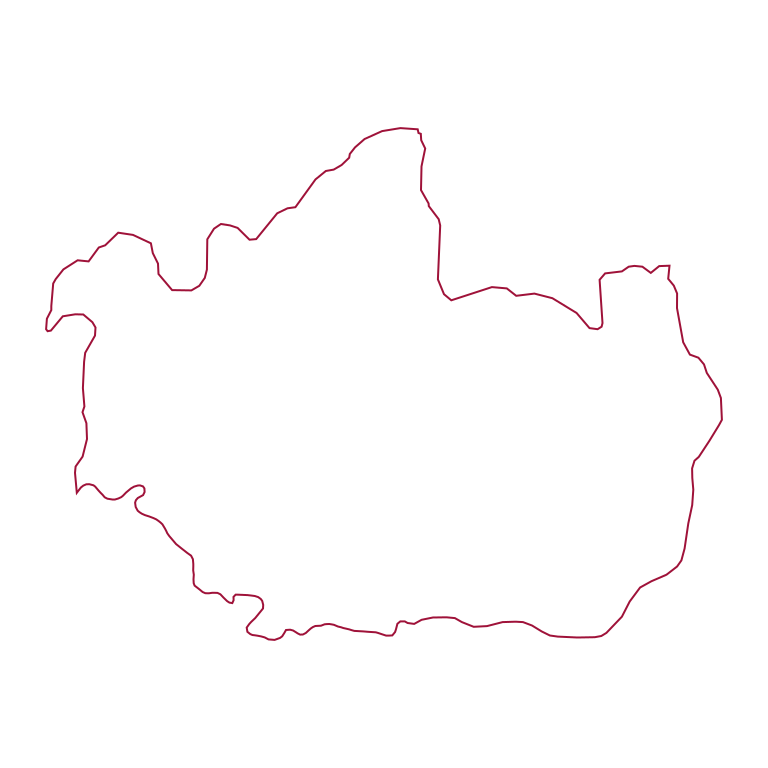 San Manuel Chaparrón, Jalapa, Guatemala
{"feature_id": "79465075B10388039742951", "entity_name": "San Manuel Chaparrón", "entity_type": "district", "adm_level": 2, "iso_a3": "GTM", "parent_name": "Guatemala", "parent_adm1": "Jalapa", "projection": "natural_earth1", "projection_center": [-89.778, 14.534], "detail": "fine", "context": "isolated", "style": "outline", "palette": "rose", "viewbox_px": 768, "rotation_deg": 0, "n_neighbors": 0, "source": "geoboundaries", "source_scale": "gbopen_adm2", "svg_char_len": 3426}
<svg xmlns="http://www.w3.org/2000/svg" viewBox="0 0 768 768"><path d="M720.9,398.0L717.8,389.7L706.8,372.9L704.0,364.4L698.4,357.7L689.9,354.6L683.2,342.3L677.0,308.1L677.1,293.5L673.8,285.6L668.2,278.8L669.5,265.7L659.2,266.1L650.8,272.9L642.4,266.7L634.4,265.9L628.7,266.7L621.9,271.4L605.1,273.4L599.6,279.8L602.5,323.1L601.6,326.7L597.6,329.2L589.5,328.1L576.6,313.0L552.4,298.2L534.4,293.6L516.2,295.8L506.8,288.4L491.9,287.1L451.3,300.3L444.0,294.2L437.9,279.4L440.2,225.5L438.7,219.2L428.8,206.1L428.6,203.5L421.0,190.1L421.5,166.4L425.2,148.5L421.2,140.2L420.8,133.8L418.5,133.0L417.7,129.3L400.4,128.1L382.1,131.1L364.6,139.0L355.0,147.4L349.8,154.0L349.2,157.7L341.6,165.0L333.7,169.6L325.8,171.0L315.5,179.4L295.4,207.2L287.5,208.3L277.2,213.3L256.2,239.1L249.5,239.7L237.6,227.9L230.0,225.4L220.9,224.0L214.0,228.7L207.3,239.3L206.9,269.6L204.8,277.9L199.3,285.8L191.4,290.4L172.1,290.1L158.5,274.0L158.0,263.6L152.8,253.1L150.9,243.3L133.0,234.9L118.2,232.7L105.2,245.3L98.8,247.5L88.6,261.4L77.6,260.3L63.4,269.4L55.7,279.1L53.2,283.5L51.3,306.1L51.3,310.1L46.9,318.7L46.1,329.2L47.6,331.2L50.9,330.6L62.8,316.3L75.3,314.3L83.3,314.5L92.4,322.2L95.5,327.5L95.0,335.6L85.2,352.8L84.1,361.8L82.9,388.1L84.4,406.5L82.5,412.2L86.4,423.2L87.0,439.0L82.6,456.6L75.6,466.5L75.0,472.8L76.8,492.8L80.9,487.5L83.3,485.6L86.3,484.3L89.3,484.2L93.5,485.3L95.2,486.6L96.8,488.5L98.5,490.5L100.6,492.8L102.6,494.8L104.7,497.3L107.4,498.7L112.4,499.5L115.0,499.5L118.3,498.5L121.3,497.1L123.0,495.7L126.1,492.5L131.0,488.4L134.1,486.6L137.9,485.5L140.0,485.4L143.0,486.4L144.4,488.4L144.6,492.0L143.1,495.1L137.8,498.0L135.9,500.2L135.1,502.7L135.7,507.0L137.7,510.7L139.5,512.2L141.8,513.7L144.9,515.1L149.3,516.5L153.5,518.1L156.3,519.4L158.6,521.0L160.6,522.6L162.4,524.3L165.0,528.6L166.3,531.1L167.3,533.3L169.3,536.1L176.1,544.1L182.1,548.9L187.2,552.9L191.1,555.7L192.9,559.2L193.3,563.9L193.3,566.5L193.2,570.4L193.8,574.7L193.5,579.3L193.7,583.2L194.6,585.6L199.1,589.1L202.6,592.0L205.3,593.2L208.8,593.3L212.2,592.8L214.5,592.8L217.5,592.9L220.4,594.3L223.6,597.7L227.1,601.1L229.4,602.6L232.3,603.1L233.6,600.2L233.5,596.9L235.6,594.7L238.4,594.7L247.5,595.1L251.0,595.5L254.8,596.0L258.2,597.1L260.8,599.0L262.2,600.9L263.2,604.9L263.0,608.5L255.2,618.1L251.2,621.9L249.2,624.1L246.7,627.6L247.4,631.8L250.3,634.1L252.4,635.0L254.9,635.3L257.5,635.7L261.1,636.4L264.7,637.4L268.5,639.4L274.6,639.9L280.1,637.9L282.2,636.3L284.3,633.0L286.0,630.0L290.1,629.7L293.1,630.5L295.7,632.1L297.7,633.4L300.1,634.6L302.9,634.5L305.8,633.0L308.5,630.5L310.9,628.4L312.8,627.1L315.3,626.0L321.0,625.7L324.6,624.3L326.7,624.1L329.3,624.0L331.8,624.4L333.9,624.8L337.9,626.5L341.2,627.3L343.2,628.0L346.3,628.7L349.3,629.4L351.8,630.2L354.3,630.9L363.3,631.4L368.0,631.8L375.8,632.3L377.9,632.9L382.1,634.3L386.1,635.6L389.1,635.6L392.3,635.4L395.1,632.0L396.0,629.2L397.4,623.8L400.3,621.4L404.8,621.4L407.6,623.0L414.2,623.9L421.6,619.8L432.9,617.5L446.5,617.3L454.9,618.1L461.9,622.1L473.7,626.8L487.0,626.1L502.6,622.1L515.6,621.7L523.0,622.1L532.0,625.5L541.8,631.5L549.9,635.5L557.8,636.6L577.3,637.5L594.8,637.2L601.3,636.0L606.4,632.9L621.9,616.7L629.7,601.5L640.1,587.5L651.5,581.2L666.5,574.7L677.1,566.5L681.4,560.4L684.6,548.5L688.3,523.4L692.2,505.1L693.3,489.7L692.3,478.0L692.1,468.4L694.5,460.7L698.8,456.9L709.4,440.8L719.0,425.1L721.9,419.8L720.9,398.0Z" fill="none" stroke="#9f1239" stroke-width="2"/></svg>